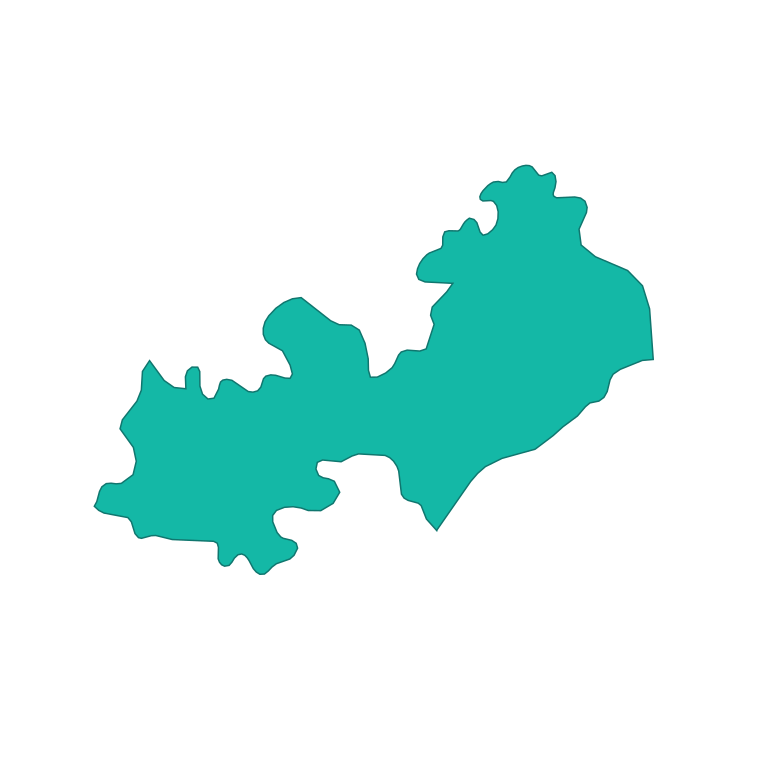 an SVG outline of Catania, rotated 36°
{"feature_id": "ITA-5413", "entity_name": "Catania", "entity_type": "Province", "adm_level": 1, "iso_a3": "ITA", "parent_name": "Italy", "parent_adm1": "", "projection": "equal_earth", "projection_center": [14.756, 37.507], "detail": "fine", "context": "isolated", "style": "filled", "palette": "teal", "viewbox_px": 768, "rotation_deg": 36, "n_neighbors": 0, "source": "natural_earth", "source_scale": "10m", "svg_char_len": 3098}
<svg xmlns="http://www.w3.org/2000/svg" viewBox="0 0 768 768"><g transform="rotate(36 384 384)"><path d="M587.4,205.9L579.1,213.1L566.5,233.3L563.6,241.4L564.4,247.7L569.0,258.9L569.8,265.6L567.9,271.5L561.7,278.3L560.3,284.0L559.3,296.2L553.9,313.5L551.2,326.2L544.6,347.9L523.2,374.8L514.6,391.2L512.3,401.3L511.4,412.0L512.6,470.6L512.9,471.6L497.7,468.3L485.5,460.5L481.7,460.3L471.9,464.0L467.3,464.5L462.9,462.9L447.1,445.8L442.9,443.0L437.1,440.8L431.9,440.2L426.9,441.1L404.5,455.5L400.5,461.0L395.0,472.1L379.0,481.6L376.1,486.6L378.9,492.8L384.9,496.4L389.8,495.7L394.8,493.3L401.0,491.9L411.8,497.6L413.0,510.4L407.3,523.6L397.0,530.9L389.9,533.0L382.6,536.7L376.0,542.2L371.3,549.5L371.2,555.8L375.0,560.9L384.8,567.0L390.4,568.4L393.1,568.1L401.3,564.7L406.6,564.5L410.6,567.6L411.9,575.4L410.7,580.9L402.6,592.6L401.0,597.8L400.3,603.3L399.0,608.0L395.4,610.9L391.2,611.2L386.8,610.2L378.7,606.2L375.5,605.0L372.0,604.4L368.7,605.2L366.2,608.0L365.3,612.8L365.7,617.6L365.3,621.8L362.1,625.1L358.9,625.7L355.7,624.9L352.6,622.9L346.1,613.5L342.7,610.8L338.6,611.4L304.1,634.3L288.4,640.7L284.9,643.5L278.5,651.4L275.7,652.6L270.5,651.4L260.6,644.0L255.3,642.6L233.3,653.0L227.5,653.9L221.5,653.2L220.8,648.0L217.0,638.1L216.2,633.0L217.8,627.9L221.5,624.7L226.0,622.2L229.9,618.8L234.3,604.9L229.0,592.1L218.5,582.6L196.8,575.4L193.4,566.8L194.2,543.1L191.3,531.6L181.2,515.8L180.6,502.9L204.1,510.4L216.3,510.2L226.5,504.3L219.1,494.9L217.2,488.9L218.7,483.2L223.4,479.9L227.6,482.2L236.3,493.9L243.2,498.9L250.4,499.6L254.8,495.4L253.2,485.4L251.5,481.5L250.6,478.4L251.3,475.6L254.0,472.7L258.8,470.4L278.6,469.9L282.8,467.6L285.8,463.8L286.2,458.9L283.4,450.5L283.8,447.1L287.0,443.2L291.3,440.6L300.4,437.4L304.7,434.6L304.0,429.7L296.9,423.9L282.3,416.8L266.9,418.7L262.1,417.9L257.2,414.8L253.5,409.8L251.2,403.5L250.7,396.5L252.0,386.3L255.1,376.9L259.8,368.9L266.2,362.8L303.6,364.2L312.9,362.4L322.9,355.6L332.3,354.9L344.7,362.2L356.4,372.9L363.4,382.1L369.0,386.5L374.5,382.4L378.9,374.1L381.0,366.0L380.7,361.3L378.8,352.0L379.1,348.0L382.8,343.0L393.6,336.3L397.5,330.8L389.5,306.3L381.3,301.0L377.8,293.4L380.6,272.6L380.5,262.1L357.2,277.3L350.7,278.9L345.7,276.0L343.4,271.1L342.1,265.6L341.9,259.8L342.7,254.2L343.7,251.4L350.4,240.8L349.9,237.2L345.1,230.4L343.7,225.2L346.4,221.9L353.9,216.7L354.6,215.3L354.8,213.9L354.2,207.8L354.2,205.1L354.7,202.5L355.6,199.7L360.1,198.0L364.3,198.9L372.4,204.6L376.7,205.4L379.7,201.5L381.2,195.4L381.2,189.6L379.0,183.3L375.1,177.5L370.3,173.4L365.2,171.9L362.7,172.7L356.4,177.8L353.4,178.0L351.5,176.2L350.6,173.0L350.5,169.3L351.4,162.5L352.4,159.3L353.8,156.3L357.4,153.0L361.4,151.3L364.2,148.6L364.3,142.3L363.7,137.8L364.0,133.8L365.3,130.0L367.7,126.4L370.3,123.7L373.2,121.9L376.3,121.3L386.4,124.1L389.3,122.9L395.3,114.1L399.9,114.9L404.2,119.2L407.0,124.8L408.4,129.4L409.4,131.2L411.1,132.3L414.2,131.9L428.4,120.6L433.8,118.0L439.2,118.0L444.5,121.7L447.0,126.3L450.8,144.1L461.8,155.7L480.2,156.8L514.4,149.0L535.4,152.6L554.7,167.1L587.4,205.9Z" fill="#14b8a6" stroke="#0f766e" stroke-width="1.5"/></g></svg>